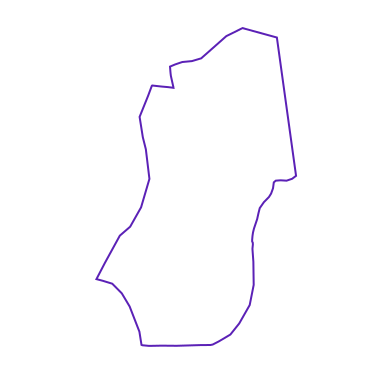 outline of Americ, Dauphin, Saint Lucia, rotated 261°
{"feature_id": "8701671B88518569021729", "entity_name": "Americ", "entity_type": "district", "adm_level": 2, "iso_a3": "LCA", "parent_name": "Saint Lucia", "parent_adm1": "Dauphin", "projection": "orthographic", "projection_center": [-60.932, 14.021], "detail": "fine", "context": "isolated", "style": "outline", "palette": "violet", "viewbox_px": 384, "rotation_deg": 261, "n_neighbors": 0, "source": "geoboundaries", "source_scale": "gbopen_adm2", "svg_char_len": 1095}
<svg xmlns="http://www.w3.org/2000/svg" viewBox="0 0 384 384"><g transform="rotate(261 192 192)"><path d="M303.1,168.9L293.9,163.7L274.4,152.0L264.1,152.0L253.8,152.0L241.4,153.1L211.6,152.0L184.8,139.3L167.4,125.5L160.2,113.9L135.5,94.8L120.9,84.0L118.3,89.9L113.9,98.9L102.9,106.8L88.7,112.5L62.3,118.2L48.9,118.2L48.4,119.0L46.7,125.6L45.0,137.9L42.5,152.8L39.4,177.0L38.0,186.2L38.1,188.6L40.2,195.0L45.2,207.6L54.8,218.1L71.3,231.3L90.6,238.4L113.5,241.7L126.4,242.8L130.6,243.9L132.4,244.1L133.7,243.7L135.2,243.9L139.2,244.9L142.4,245.9L146.2,247.5L155.0,252.1L160.6,254.3L165.5,256.4L170.7,261.4L175.0,267.2L178.1,269.9L183.0,272.6L188.7,274.3L190.1,276.5L189.7,281.3L188.4,287.2L189.4,293.0L191.7,297.3L290.1,299.2L331.3,300.0L346.0,267.5L341.8,254.2L340.6,250.3L324.3,224.7L323.5,223.4L322.6,222.1L321.3,212.4L321.9,202.8L321.5,200.3L320.6,195.2L319.3,189.9L314.3,189.5L312.7,189.4L310.2,189.3L308.3,189.4L305.1,189.6L300.2,189.9L299.1,190.0L297.8,190.0L298.4,188.0L299.4,184.5L300.7,179.3L301.2,177.4L303.4,169.4L303.1,168.9Z" fill="none" stroke="#5b21b6" stroke-width="2"/></g></svg>